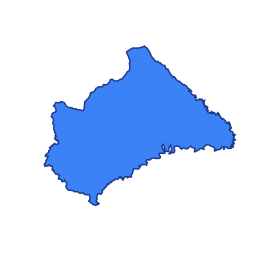 outline of Manang, Satun, Thailand, rotated 241°
{"feature_id": "78962969B42923555842961", "entity_name": "Manang", "entity_type": "district", "adm_level": 2, "iso_a3": "THA", "parent_name": "Thailand", "parent_adm1": "Satun", "projection": "albers", "projection_center": [99.916, 7.008], "detail": "fine", "context": "isolated", "style": "filled", "palette": "blue", "viewbox_px": 256, "rotation_deg": 241, "n_neighbors": 0, "source": "geoboundaries", "source_scale": "gbopen_adm2", "svg_char_len": 5746}
<svg xmlns="http://www.w3.org/2000/svg" viewBox="0 0 256 256"><g transform="rotate(241 128 128)"><path d="M183.4,73.5L182.2,74.2L181.1,74.3L179.7,74.1L177.6,73.4L177.3,72.4L177.5,69.0L175.1,66.4L173.1,67.1L171.8,66.9L170.2,66.1L168.6,64.5L166.1,64.5L162.8,62.4L160.8,62.4L160.3,61.9L157.8,61.8L156.8,61.3L156.7,60.8L155.7,60.9L155.8,60.4L155.1,60.3L154.4,58.8L153.2,58.9L153.0,59.6L152.1,59.3L151.3,59.8L151.4,60.4L150.5,60.7L149.6,60.0L148.1,59.8L147.9,59.4L148.6,57.0L149.6,56.6L149.4,55.8L149.9,55.8L149.4,55.2L149.9,54.6L149.6,53.3L148.9,53.2L148.9,52.5L149.3,52.2L148.7,51.9L148.9,49.9L147.4,49.8L146.8,49.1L146.6,47.7L145.7,47.1L144.9,45.9L144.6,43.4L144.2,43.0L144.2,42.5L143.2,42.1L143.2,43.3L142.5,43.5L142.1,44.3L141.7,44.3L141.5,43.5L140.0,42.1L139.2,40.3L137.5,39.6L137.1,37.3L135.8,37.1L135.7,36.8L134.6,36.9L134.5,37.9L133.6,39.6L133.8,41.5L131.9,42.0L131.8,43.0L129.6,42.9L128.7,41.6L127.6,41.4L127.3,41.6L127.4,42.1L126.6,42.1L126.4,42.6L125.1,42.1L122.5,42.6L121.3,44.4L120.7,44.2L119.8,45.0L117.7,42.7L117.2,42.5L116.8,42.7L116.6,43.8L115.4,44.3L114.8,44.8L114.2,44.8L113.6,44.2L112.6,44.8L112.6,46.5L113.1,47.1L112.0,46.9L111.3,47.6L108.6,47.5L107.4,45.8L106.6,45.2L104.8,45.2L103.0,45.5L102.1,46.3L100.0,49.5L98.3,50.2L96.9,52.8L94.6,54.1L93.6,55.7L93.2,57.2L91.3,57.6L89.6,59.5L88.6,61.5L87.5,61.6L85.1,60.8L83.6,59.6L83.4,58.5L83.1,58.3L80.1,59.5L79.7,59.9L78.4,60.2L76.2,62.0L75.6,65.0L76.0,65.9L76.9,65.8L77.2,64.8L78.4,64.5L79.0,65.0L80.2,65.2L80.5,66.3L83.5,67.7L84.5,68.7L85.0,70.3L83.3,72.0L83.3,72.6L84.1,74.2L86.2,75.8L86.1,77.3L87.3,78.6L86.9,79.3L87.2,80.3L88.1,82.0L89.1,82.6L88.1,83.8L88.6,84.1L88.8,85.4L89.2,85.6L88.4,87.2L89.4,88.2L88.9,91.1L89.5,91.6L89.5,92.5L89.3,93.3L88.4,93.7L88.1,94.5L88.7,96.4L89.5,96.9L89.1,97.4L88.2,97.3L88.0,97.5L88.2,98.0L87.4,97.8L86.9,98.5L86.3,98.1L85.7,98.5L85.0,98.4L85.2,99.1L86.2,99.8L86.7,102.5L85.7,104.1L84.8,103.4L84.6,105.8L83.6,107.0L83.9,107.5L85.6,108.3L86.0,109.8L89.4,112.8L88.9,114.6L87.4,116.5L87.0,117.6L87.9,119.3L89.4,119.1L89.3,119.6L88.4,120.4L89.1,121.6L89.4,122.8L88.5,123.4L88.4,124.4L87.6,125.3L86.5,126.2L88.5,128.3L90.2,127.6L91.1,129.2L89.4,131.7L90.2,134.8L87.9,137.5L86.3,140.6L86.3,141.6L86.7,142.2L89.8,142.5L90.4,143.0L90.5,143.8L88.3,147.3L88.1,148.1L94.9,148.6L96.0,149.1L96.8,150.7L94.6,151.0L91.0,149.4L89.9,149.5L88.8,150.0L88.0,152.3L91.7,154.9L92.3,156.9L92.2,157.1L87.6,155.5L87.0,154.7L86.0,151.6L85.7,151.5L85.1,151.8L85.4,152.7L85.1,153.8L85.6,153.8L85.8,154.1L84.3,155.8L84.2,156.2L85.2,157.7L89.1,159.1L88.8,161.6L86.7,164.0L84.5,164.1L83.7,164.5L83.8,166.9L81.4,168.9L81.2,169.6L81.1,170.6L81.7,173.2L81.6,174.1L79.9,174.6L78.0,176.8L75.4,174.8L74.8,174.8L74.5,178.1L75.0,181.1L74.1,182.7L72.5,184.0L72.8,184.3L74.4,184.6L75.0,185.3L74.8,186.6L75.4,187.6L74.7,189.6L73.7,190.7L71.9,191.7L71.2,192.6L69.6,193.5L67.0,193.9L66.3,192.6L65.9,192.6L65.6,194.8L65.7,195.9L64.9,197.3L64.8,198.2L65.0,199.6L65.9,200.4L65.7,201.9L64.8,202.0L63.4,201.4L62.9,201.5L62.9,202.3L64.4,202.9L64.5,203.4L63.6,204.9L62.1,205.3L61.3,206.0L60.3,208.3L61.0,209.5L61.5,209.5L62.1,208.6L62.5,209.4L62.3,210.0L61.9,210.3L60.4,210.3L60.3,210.7L60.6,211.1L61.2,211.3L63.1,210.8L63.5,211.0L63.5,211.7L62.6,212.6L62.6,213.1L63.4,213.5L65.3,212.9L66.0,213.3L66.1,214.1L66.7,214.6L65.5,214.5L65.6,216.1L66.7,215.3L67.7,216.0L68.6,215.6L69.5,217.0L70.1,218.5L70.8,218.0L70.8,216.2L71.6,216.5L71.9,217.1L72.5,217.5L74.2,217.5L76.8,215.6L77.5,216.1L77.5,216.9L78.3,217.2L77.9,217.6L77.8,218.3L78.1,218.5L79.3,218.3L80.5,218.8L80.9,218.2L81.6,219.0L82.4,218.4L82.8,218.7L82.4,219.1L82.8,219.2L83.4,218.1L83.7,219.1L84.3,219.2L84.5,218.5L84.0,218.1L84.5,217.8L84.5,216.4L87.2,216.7L87.7,216.3L88.9,216.2L90.2,215.5L89.8,214.9L90.5,214.4L93.5,214.2L95.7,214.4L95.5,213.4L96.9,214.1L97.8,214.1L97.0,211.8L97.1,210.8L98.6,211.2L99.9,210.8L100.3,209.9L99.8,209.7L100.1,207.7L100.4,207.6L101.2,208.7L101.8,209.0L101.7,206.7L102.9,205.6L103.5,205.6L104.1,206.3L104.3,206.1L103.9,205.6L104.2,205.4L104.8,205.4L104.7,206.2L105.2,205.7L105.8,206.1L106.1,205.7L106.6,205.7L106.2,206.8L107.0,207.3L107.6,207.0L107.9,207.7L109.2,207.0L109.2,205.7L110.1,206.4L110.7,205.5L111.2,205.4L111.9,206.5L113.9,205.9L114.3,206.4L113.5,206.8L115.0,208.3L115.1,207.4L114.6,207.2L114.8,206.7L115.1,206.6L115.5,207.0L115.9,206.4L117.2,206.6L117.2,205.5L118.5,205.2L118.6,204.7L118.1,204.8L117.9,204.4L118.6,203.7L119.1,201.0L122.1,201.4L121.6,202.3L121.8,202.7L122.4,202.5L122.8,201.7L123.2,201.5L123.8,202.9L125.2,201.0L127.3,199.9L128.3,199.9L129.0,200.4L129.1,201.3L130.1,201.1L130.2,199.9L130.6,198.8L131.3,199.0L131.4,200.9L134.0,199.6L135.4,199.6L137.2,199.1L137.8,198.4L138.6,198.2L138.8,197.1L140.0,197.1L142.4,195.9L144.0,195.6L144.2,194.4L145.1,194.4L146.9,193.7L149.5,193.5L150.7,193.1L150.6,191.9L154.1,191.5L154.3,191.2L160.3,191.4L160.6,190.0L165.0,190.4L165.8,188.8L169.4,187.8L169.9,186.8L171.3,186.6L172.0,186.1L172.5,184.7L173.8,184.2L175.3,184.1L175.8,183.8L176.4,184.0L177.3,183.3L181.6,183.4L182.5,183.7L188.3,183.5L190.6,182.4L191.7,182.1L191.8,179.7L192.7,176.1L195.7,170.8L195.4,164.4L195.0,163.5L194.3,163.2L191.2,163.2L185.6,162.2L184.5,161.4L183.8,160.4L181.8,159.8L179.2,158.5L177.6,156.8L177.5,154.5L176.1,152.3L173.8,146.7L174.4,144.8L174.1,142.6L174.4,141.2L175.7,139.1L178.3,137.8L178.8,136.1L178.6,135.6L177.4,134.7L176.1,131.2L176.5,129.7L177.8,127.7L177.7,127.2L176.6,125.7L176.6,125.0L178.4,122.1L178.0,120.8L178.2,119.2L176.7,117.1L176.2,115.9L177.0,112.5L174.6,110.0L173.4,108.3L171.9,102.9L166.5,99.2L165.5,98.3L165.2,97.3L165.5,96.2L167.1,94.9L168.5,92.8L170.1,91.7L170.8,90.0L172.7,88.8L175.5,85.3L176.9,84.6L180.8,84.6L181.7,84.1L183.6,82.2L183.5,79.7L185.3,77.2L184.5,76.2L183.4,73.5Z" fill="#3b82f6" stroke="#1e3a8a" stroke-width="1.5"/></g></svg>